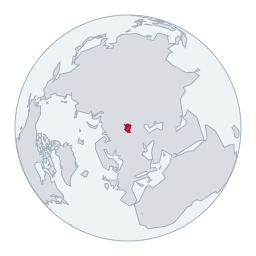 Tatarstan on an orthographic globe, rotated 268°
{"feature_id": "RUS-2394", "entity_name": "Tatarstan", "entity_type": "Republic", "adm_level": 1, "iso_a3": "RUS", "parent_name": "Russia", "parent_adm1": "", "projection": "orthographic", "projection_center": [50.981, 55.323], "detail": "fine", "context": "on_globe", "style": "filled", "palette": "rose", "viewbox_px": 256, "rotation_deg": 268, "n_neighbors": 0, "source": "natural_earth", "source_scale": "10m", "svg_char_len": 12652}
<svg xmlns="http://www.w3.org/2000/svg" viewBox="0 0 256 256"><g transform="rotate(268 128 128)"><circle cx="128" cy="128" r="113" fill="#eef3f6" stroke="#a8b0b8"/><path d="M113.5,16.3L114.5,16.2L121.1,16.1L122.3,18.7L119.4,18.4L120.0,19.2L123.8,19.7L126.0,19.8L133.2,24.9L145.0,29.2L150.3,29.2L147.9,30.4L158.9,29.7L166.3,32.1L157.0,30.3L155.3,30.9L159.9,32.8L159.1,33.9L160.9,35.5L159.5,36.6L154.2,35.7L153.3,36.5L156.5,37.8L157.3,40.0L152.6,37.8L153.4,41.4L144.7,41.0L133.3,35.1L127.4,36.7L113.1,35.4L113.4,36.8L108.2,37.5L106.6,39.4L104.4,38.9L105.0,41.0L107.4,41.2L108.4,42.2L107.7,43.4L104.8,42.8L104.7,42.1L103.5,42.6L102.3,41.8L102.5,42.9L99.0,42.1L101.3,44.7L97.6,45.7L95.6,44.7L97.3,42.4L96.8,35.0L95.2,33.6L91.4,33.9L81.1,39.1L78.8,38.8L74.7,40.1L75.2,41.2L78.7,40.7L78.7,43.4L83.0,42.7L83.6,43.7L87.4,44.1L85.2,46.7L81.1,49.1L77.8,49.0L75.9,50.1L77.7,52.5L70.4,54.8L63.5,60.7L61.8,61.1L60.8,57.5L64.0,51.5L62.7,47.6L61.9,52.9L57.7,54.2L56.3,55.6L55.6,57.3L56.5,58.0L54.7,59.1L54.8,54.1L56.5,52.9L56.4,54.5L57.9,51.8L58.0,48.7L55.8,49.8L58.1,44.7L56.6,45.5L56.3,44.9L58.5,44.0L54.5,45.7L56.9,41.4L51.5,45.3L58.6,39.6L62.2,36.8L66.2,33.9L65.3,34.5L71.6,30.5L71.9,30.3L79.7,26.2L87.8,22.8L96.2,19.9L104.8,17.8L113.5,16.3ZM49.5,47.4L50.9,46.0L49.7,47.2L49.5,47.4ZM127.2,19.8L123.9,19.6L120.8,18.9L123.6,18.9L127.2,19.8ZM132.9,21.8L131.1,21.8L130.6,20.6L131.8,20.9L132.9,21.8ZM154.2,29.1L151.7,28.2L154.4,28.7L154.2,29.1ZM161.3,35.5L162.3,35.5L162.8,36.3L161.3,35.5ZM88.3,42.7L87.8,43.4L87.4,42.9L88.3,42.7ZM90.4,42.2L90.2,41.3L91.1,40.9L91.3,41.5L90.4,42.2ZM161.2,38.9L161.8,40.4L160.3,38.7L161.2,38.9ZM90.4,43.6L92.9,40.4L94.6,39.9L96.4,41.8L90.4,43.6ZM161.5,41.2L162.8,45.1L165.0,45.3L159.4,47.3L160.1,43.2L158.0,41.0L160.2,41.8L161.5,41.2ZM108.4,40.7L105.9,40.5L108.7,39.6L108.4,40.7ZM109.9,39.8L116.8,35.7L120.2,36.7L117.2,37.8L122.0,38.3L120.3,40.8L117.2,41.1L115.4,39.9L116.1,41.8L109.9,39.8ZM156.1,47.8L155.6,48.7L155.1,47.6L156.1,47.8ZM109.1,42.5L110.2,41.6L113.1,42.3L111.5,44.4L111.0,43.5L109.1,42.5ZM124.2,37.3L126.1,38.3L125.2,40.6L125.8,41.3L120.5,40.9L124.2,37.3ZM110.0,43.9L110.6,45.5L108.5,46.3L108.2,43.6L110.0,43.9ZM114.6,41.6L115.9,42.1L114.7,42.5L114.6,41.6ZM101.5,50.2L102.8,48.9L104.4,49.1L101.5,50.2ZM110.9,46.0L111.6,45.7L112.4,45.7L112.3,46.9L110.9,46.0ZM120.2,42.6L119.5,43.4L122.4,42.9L121.8,44.6L118.4,44.1L119.6,45.1L119.4,45.7L116.8,44.6L120.2,42.6ZM114.6,48.1L110.1,48.2L107.4,50.6L105.8,50.4L110.4,46.7L114.6,48.1ZM116.1,46.1L114.9,47.3L113.6,46.4L113.7,45.1L116.1,46.1ZM122.7,46.1L124.4,43.5L125.1,43.7L122.7,46.1ZM114.1,48.9L115.2,48.9L114.1,49.2L114.1,48.9ZM120.3,47.1L120.8,46.1L121.6,46.4L120.3,47.1ZM117.0,49.7L115.5,49.7L115.5,48.8L117.0,49.7ZM118.7,48.7L119.7,49.3L116.4,48.4L118.8,48.2L118.7,48.7ZM121.0,47.5L121.6,47.4L120.6,47.9L121.0,47.5ZM117.8,53.4L113.7,52.5L113.8,50.4L117.7,51.5L117.8,53.4ZM73.4,226.5L69.4,224.1L59.6,215.0L61.2,213.4L59.8,210.0L52.4,197.9L53.9,194.2L52.2,190.7L48.5,188.5L46.6,184.2L44.4,182.3L31.8,170.8L28.6,162.5L26.6,144.4L29.4,142.3L31.1,136.4L51.4,131.6L54.3,136.5L68.7,144.3L70.2,146.4L67.0,150.8L76.6,163.6L81.5,161.0L91.7,168.8L99.4,170.9L104.9,161.6L92.2,158.0L91.5,152.2L102.9,150.7L114.2,153.9L114.3,151.8L108.4,145.7L112.3,142.4L106.5,143.2L107.9,145.8L104.3,146.5L102.8,144.2L104.3,143.1L101.2,141.2L95.2,147.3L95.9,150.6L87.2,148.8L87.6,154.2L84.8,155.5L83.0,146.8L84.1,144.3L79.8,133.2L77.8,135.6L81.8,146.4L79.9,144.8L77.2,148.4L77.8,144.4L74.0,132.3L67.0,129.6L55.7,134.3L52.1,131.9L50.1,126.7L56.4,117.7L63.9,124.1L66.2,121.3L66.7,114.4L68.9,117.1L70.0,115.1L73.0,117.3L79.1,115.2L82.5,116.8L86.7,111.3L89.0,111.5L85.8,114.6L85.4,117.8L93.9,121.9L96.1,121.3L98.2,117.5L100.3,119.2L101.2,115.0L107.0,115.4L100.7,111.5L103.0,107.2L107.5,105.0L107.2,103.0L99.8,106.5L97.9,108.7L98.1,111.6L91.9,117.1L88.5,116.7L90.7,108.5L86.3,107.3L89.9,101.7L107.5,95.0L113.9,94.9L120.6,103.8L118.0,106.2L114.3,104.2L116.0,110.1L116.7,107.7L118.4,109.2L121.1,105.8L122.4,106.7L122.6,101.9L124.6,102.7L124.4,105.7L129.9,101.6L134.5,102.3L135.1,101.0L134.5,99.3L140.7,101.5L140.8,100.4L138.9,99.2L137.9,96.4L138.7,92.3L140.8,93.2L140.8,94.9L144.0,99.9L143.7,104.2L144.6,104.2L145.4,100.7L141.5,94.5L141.4,91.8L143.6,94.4L142.8,93.2L143.4,92.2L145.9,92.1L143.6,89.2L147.3,77.2L152.6,76.1L154.2,79.6L158.9,72.9L164.5,72.6L162.7,71.5L163.8,67.8L162.0,67.8L161.2,67.0L163.1,58.1L165.2,56.9L163.9,52.2L163.0,51.7L161.4,52.2L159.4,47.3L165.0,45.3L166.9,46.5L169.1,44.6L173.0,47.8L177.3,49.8L180.2,54.7L183.3,56.0L183.9,55.1L188.5,56.4L196.2,62.3L187.6,61.3L175.6,54.1L180.3,57.3L178.6,57.8L179.8,59.7L183.2,62.0L184.0,61.4L185.9,72.0L192.7,81.1L193.9,77.0L197.0,76.9L205.7,84.7L212.2,103.6L216.4,104.4L218.2,106.8L218.0,110.9L215.4,107.6L213.1,108.9L211.6,106.5L210.4,112.3L208.3,109.2L208.4,115.5L210.9,116.7L212.7,112.5L213.7,119.6L218.6,120.1L221.7,124.7L222.1,139.4L218.6,148.0L219.0,149.9L216.3,150.5L214.7,156.5L221.3,160.4L221.8,162.8L218.3,172.0L217.9,170.5L210.8,172.1L210.9,178.6L216.3,178.6L218.2,182.0L214.7,183.9L212.6,181.0L210.1,181.5L209.8,176.3L205.8,170.7L202.1,175.2L201.4,172.0L195.4,168.2L189.6,174.2L181.1,188.1L181.5,196.3L177.9,201.2L169.5,192.6L166.7,184.8L163.1,186.8L155.0,181.1L139.3,183.1L137.6,180.8L134.6,182.2L128.9,179.9L126.5,175.9L122.9,176.1L129.5,186.5L133.4,186.2L137.5,182.1L138.5,185.7L144.0,188.4L136.1,197.2L113.7,203.6L112.4,197.3L100.0,176.3L100.9,174.2L100.9,173.9L100.8,173.4L98.7,176.7L96.9,172.3L102.5,187.3L103.1,192.9L113.3,203.9L112.1,204.7L115.7,206.9L128.2,205.2L128.1,207.2L121.6,215.5L105.1,223.6L107.8,229.4L107.6,233.2L98.4,233.4L100.5,235.7L96.0,235.0L96.5,235.7L93.6,235.2L91.0,234.4L82.0,230.8L73.4,226.5ZM42.8,138.1L41.9,139.7L42.8,138.1ZM125.2,162.3L132.6,162.9L130.9,156.1L133.6,155.8L132.0,153.6L130.7,155.6L127.1,149.6L130.8,147.6L130.8,144.5L128.3,144.2L122.0,148.8L127.1,157.3L124.7,160.0L125.2,162.3ZM33.6,66.6L33.8,66.3L32.3,68.6L33.4,66.9L33.6,66.6ZM48.8,47.9L47.7,49.0L48.8,47.9ZM48.6,48.3L48.9,48.0L49.8,47.2L48.6,48.3ZM57.7,54.5L57.6,54.9L56.5,56.6L56.4,55.9L57.7,54.5ZM55.9,64.3L53.0,66.0L54.9,64.2L54.1,63.4L57.2,58.8L61.1,61.1L58.8,60.8L55.9,64.3ZM62.4,53.6L60.0,56.1L62.5,53.3L62.4,53.6ZM73.1,103.0L73.4,105.3L71.3,107.0L67.1,105.4L70.1,103.0L73.1,103.0ZM74.5,108.2L77.8,100.8L80.6,101.6L78.5,102.4L79.9,103.7L76.9,105.3L76.3,113.6L74.4,115.6L67.6,111.3L70.9,111.5L70.3,109.2L74.5,108.2ZM81.5,82.1L83.0,79.3L87.1,84.6L85.2,86.6L80.9,85.0L80.5,81.8L81.5,82.1ZM93.1,47.8L93.4,46.8L94.3,46.9L94.7,47.9L93.1,47.8ZM102.0,49.6L92.6,52.7L92.5,51.6L87.2,54.9L84.8,53.4L88.3,51.3L82.5,52.7L84.7,50.2L80.8,51.6L88.9,46.9L90.7,44.8L89.6,47.7L91.8,49.1L93.2,49.1L98.7,47.5L103.6,43.9L106.5,44.9L107.2,46.6L106.5,47.6L104.8,46.6L105.1,48.7L102.1,48.0L102.0,49.6ZM114.5,68.1L112.8,66.1L112.8,71.0L109.8,70.0L110.0,70.6L107.3,71.1L104.2,72.9L103.1,72.0L102.4,73.1L100.6,73.5L99.3,74.7L96.8,73.7L95.0,75.1L94.9,73.8L92.4,76.6L93.1,74.1L90.8,74.6L91.3,76.8L81.2,69.2L76.4,68.2L72.0,68.9L73.9,64.8L79.2,61.6L85.8,59.7L90.2,61.3L90.2,59.2L92.3,59.4L91.4,61.0L94.1,58.7L95.5,59.3L101.5,58.2L104.4,54.8L106.6,54.4L106.2,56.0L108.7,54.5L109.5,57.3L111.1,57.2L113.5,59.9L111.7,63.3L113.7,62.8L115.6,65.0L114.5,68.1ZM118.3,54.2L117.0,58.3L114.7,59.8L111.5,54.5L110.0,54.3L107.9,51.1L111.2,49.0L111.5,50.1L112.6,50.6L111.1,51.1L113.1,51.1L113.6,52.7L115.2,53.2L114.3,54.4L118.3,54.2ZM72.9,145.5L74.3,146.6L76.7,147.6L75.0,150.0L72.9,145.5ZM70.2,137.3L71.6,137.8L70.4,141.5L68.9,140.4L70.2,137.3ZM73.3,134.9L71.7,137.5L71.7,135.5L73.3,134.9ZM87.2,114.9L88.8,115.2L88.6,116.2L87.2,117.2L87.2,114.9ZM113.7,83.2L113.1,81.6L113.8,81.2L114.9,77.6L117.1,78.1L117.4,80.6L113.7,83.2ZM102.2,162.8L99.3,164.2L98.4,162.9L99.6,162.7L102.2,162.8ZM86.1,157.5L89.3,160.1L85.6,158.1L86.1,157.5ZM116.3,83.1L116.5,81.6L117.5,82.8L116.3,83.1ZM118.8,78.4L120.2,79.5L117.5,77.8L118.8,78.4ZM127.0,234.2L121.1,238.8L115.7,238.4L114.0,237.1L115.7,234.3L121.8,233.6L124.6,231.9L127.0,234.2ZM231.0,172.9L232.1,170.6L232.0,171.0L231.0,172.9ZM229.9,174.5L231.3,171.8L229.4,175.6L229.9,174.5ZM231.9,170.7L233.4,167.2L234.0,165.5L233.8,166.3L231.9,170.7ZM228.8,176.5L221.9,186.2L218.9,189.2L219.9,187.3L224.7,181.5L228.8,176.5ZM219.6,187.6L214.7,190.1L206.3,187.9L209.4,185.6L217.8,183.8L217.3,185.2L220.3,184.3L219.6,187.6ZM230.5,167.9L230.0,171.3L226.4,176.6L224.7,178.6L223.5,176.7L224.2,173.9L225.7,172.0L230.3,157.5L232.1,156.2L231.0,161.5L232.4,161.7L230.5,167.9ZM182.1,196.8L185.1,199.9L182.9,201.6L182.1,196.8ZM231.2,149.3L230.0,155.7L230.8,148.6L231.2,149.3ZM231.1,143.6L231.6,145.0L230.5,144.9L231.1,143.6ZM219.8,152.2L218.3,154.6L217.8,153.5L219.4,149.8L219.8,152.2ZM224.0,128.6L225.7,132.1L226.0,133.7L224.5,132.6L224.0,128.6ZM135.9,86.8L132.0,91.1L130.6,94.9L132.2,97.9L128.3,95.6L130.4,89.8L135.9,86.8ZM145.6,78.2L144.2,75.8L145.9,75.7L146.5,76.3L145.6,78.2ZM144.0,77.5L140.2,76.7L140.1,74.6L143.1,75.7L144.0,77.5ZM128.2,79.7L126.8,80.9L126.0,79.8L128.2,79.7ZM233.7,166.8L235.6,161.2L236.3,159.0L233.7,166.8ZM239.6,143.5L239.3,145.5L239.1,145.6L239.6,142.2L238.8,145.9L239.8,140.2L239.9,140.7L240.4,135.6L240.4,134.6L239.6,143.5ZM237.1,153.8L237.0,154.8L236.6,155.5L237.1,153.8ZM237.7,151.7L238.6,148.6L237.5,152.7L237.7,151.7ZM233.3,160.6L233.8,161.3L235.3,156.8L234.1,161.0L234.9,161.5L234.4,163.3L233.7,162.6L233.0,166.5L232.3,168.0L232.2,166.1L233.0,161.3L233.8,158.4L236.4,151.5L233.3,160.6ZM237.8,149.7L237.5,148.6L237.7,146.5L238.0,146.5L237.8,149.7ZM236.0,146.5L234.5,146.7L233.6,150.0L234.9,141.6L236.2,142.9L236.0,146.5ZM234.0,143.2L233.2,146.3L233.7,141.9L234.0,143.2ZM232.8,146.0L232.2,144.5L233.0,143.0L232.8,146.0ZM234.5,142.1L233.8,138.6L234.7,139.6L234.5,142.1ZM230.5,141.1L233.2,140.4L230.5,143.9L228.2,138.1L229.2,135.9L230.5,141.1ZM221.9,104.2L220.4,102.9L220.6,100.5L221.6,102.1L221.9,104.2ZM220.1,92.1L220.2,99.5L220.1,105.6L221.2,105.1L223.0,109.2L220.2,108.4L218.8,101.8L219.3,97.7L217.3,94.6L216.5,90.3L213.6,87.7L212.5,85.2L215.3,86.4L220.1,92.1ZM212.3,86.7L206.9,81.1L208.3,78.2L209.8,78.7L211.7,82.5L210.8,83.8L212.3,86.7ZM206.0,79.0L205.1,80.3L195.3,75.9L193.6,74.3L201.8,75.8L201.4,77.1L203.5,78.8L206.0,79.0ZM156.9,49.0L155.7,48.7L156.7,48.3L156.9,49.0ZM160.2,67.1L159.3,66.0L160.5,65.4L160.2,67.1ZM157.4,62.5L156.7,63.9L156.6,62.0L157.4,62.5ZM155.3,67.2L156.0,64.3L156.6,67.7L155.3,67.2Z" fill="#d9dde1" stroke="#a8b0b8" stroke-width="1"/><path d="M130.9,126.8L131.0,126.9L131.3,126.9L131.3,127.0L131.5,127.2L131.6,127.3L131.4,127.5L131.3,127.8L131.2,127.8L131.0,128.0L130.9,128.1L130.7,128.2L130.6,128.3L130.4,128.3L130.5,128.4L130.6,128.5L130.8,128.8L131.0,128.8L130.9,128.9L131.0,129.0L130.9,129.1L131.0,129.1L130.9,129.4L130.8,129.5L130.7,129.7L130.7,129.8L130.8,130.0L130.9,130.5L130.7,130.6L130.7,130.4L130.4,130.4L130.3,130.2L130.4,129.9L130.3,130.0L130.2,130.0L130.0,129.9L129.9,129.9L129.7,129.8L129.7,129.7L129.6,129.8L129.6,129.7L129.4,129.7L129.4,129.8L129.2,129.9L129.2,129.7L129.1,129.8L129.1,129.7L128.8,129.5L128.6,129.3L128.3,129.3L128.2,129.3L128.1,129.5L128.0,129.8L127.9,129.9L127.7,129.8L127.5,130.0L127.4,129.9L127.5,129.9L127.4,129.8L127.4,129.7L127.2,129.7L126.9,129.6L126.7,129.5L126.4,129.5L126.4,129.4L126.3,129.2L126.2,129.0L126.2,128.9L125.9,128.9L125.9,129.0L125.6,129.3L125.3,129.3L125.2,129.3L125.0,129.2L124.9,129.2L125.0,129.1L124.8,129.1L124.7,129.0L124.4,129.3L124.4,129.2L124.2,129.3L123.9,129.5L123.9,129.3L123.8,129.2L123.9,128.9L124.0,128.8L124.0,128.7L124.0,128.8L124.3,128.8L124.4,128.7L124.4,128.9L124.5,128.9L124.4,128.8L124.4,128.7L124.6,128.7L124.6,128.4L124.7,128.2L124.6,127.9L124.5,128.0L124.4,128.0L124.3,127.9L124.5,127.9L124.6,127.7L124.8,127.5L124.8,127.4L124.7,127.4L124.8,127.3L124.8,127.2L124.8,127.3L124.9,127.2L125.1,127.1L125.2,126.9L125.3,126.8L125.3,126.7L125.4,126.8L125.5,126.7L125.7,126.4L125.8,126.3L125.8,126.2L125.9,125.9L126.0,125.9L126.3,125.9L126.3,125.7L126.3,125.8L126.5,125.8L126.5,125.7L126.8,125.8L126.8,125.7L126.9,125.8L127.0,125.8L127.0,125.7L127.0,125.4L127.1,125.5L127.1,125.4L127.3,125.4L127.4,125.5L127.5,125.5L127.4,125.6L127.5,125.7L127.5,125.8L127.6,126.0L127.8,126.0L127.8,125.9L127.9,126.0L128.0,126.3L128.3,126.5L128.4,126.4L128.5,126.4L128.7,126.5L128.5,126.8L128.8,126.8L128.8,126.7L128.9,126.9L129.0,126.8L129.1,126.7L129.2,126.8L129.3,126.9L129.4,126.7L129.5,126.5L129.8,126.6L129.9,126.4L130.0,126.5L130.0,126.4L130.0,126.2L129.9,126.2L129.7,126.2L129.8,126.1L129.9,125.9L130.0,125.9L130.1,125.7L130.3,125.6L130.1,125.9L130.2,126.0L130.2,126.3L130.3,126.2L130.3,126.3L130.5,126.4L130.5,126.5L130.6,126.4L130.5,126.1L130.8,126.1L130.8,126.3L130.7,126.4L130.6,126.6L130.4,126.8L130.5,126.9L130.8,126.8L130.9,126.8ZM124.7,128.6L124.8,128.6L124.7,128.5L124.7,128.6Z" fill="#f43f5e" stroke="#9f1239" stroke-width="1.5"/></g></svg>